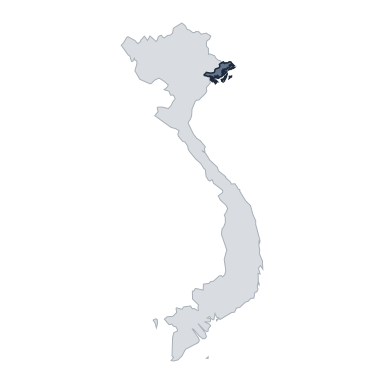 where Quảng Ninh sits in Vietnam
{"feature_id": "VNM-429", "entity_name": "Quảng Ninh", "entity_type": "Province", "adm_level": 1, "iso_a3": "VNM", "parent_name": "Vietnam", "parent_adm1": "", "projection": "natural_earth1", "projection_center": [107.332, 21.181], "detail": "fine", "context": "in_parent", "style": "filled", "palette": "slate", "viewbox_px": 384, "rotation_deg": 0, "n_neighbors": 0, "source": "natural_earth", "source_scale": "10m", "svg_char_len": 8666}
<svg xmlns="http://www.w3.org/2000/svg" viewBox="0 0 384 384"><path d="M233.8,65.2L230.6,65.4L227.3,68.4L222.9,70.3L221.9,75.6L218.2,78.0L216.5,76.9L212.8,78.0L208.9,76.8L210.3,82.9L206.3,87.7L206.8,90.8L205.7,93.2L198.9,100.0L196.9,100.1L195.3,101.2L192.0,109.2L191.6,116.0L190.1,119.8L188.6,121.4L188.3,123.5L193.4,134.1L196.8,138.4L200.2,140.6L205.3,146.8L204.5,148.5L204.9,152.0L202.5,151.0L202.7,151.4L205.6,153.3L209.8,160.1L217.3,167.2L218.5,170.9L225.7,176.7L225.5,177.5L230.6,182.2L231.2,184.0L235.0,183.8L238.5,189.3L239.7,189.4L240.0,191.7L245.7,200.9L250.5,205.6L252.8,214.3L255.7,220.8L255.7,224.5L260.0,240.5L259.7,242.5L258.9,240.5L259.0,246.5L259.7,249.7L259.4,253.7L262.4,261.0L262.8,269.2L260.6,265.7L258.4,268.1L260.1,274.0L258.1,273.4L258.3,281.2L259.2,283.9L259.0,285.0L258.0,282.9L257.2,286.6L258.0,289.2L256.7,292.0L254.9,292.2L253.9,298.1L250.6,298.5L248.3,301.2L245.3,302.2L239.9,307.3L236.4,308.1L234.6,312.1L231.5,312.6L220.0,319.5L218.7,317.8L216.6,317.2L215.0,313.5L213.9,319.5L213.0,319.9L211.2,318.7L209.6,316.4L207.2,318.0L209.8,318.5L210.6,320.0L210.2,321.8L204.4,321.8L209.6,324.2L210.7,325.9L208.2,328.8L208.2,330.9L207.0,331.8L204.1,330.0L198.0,323.5L205.2,332.7L206.5,336.8L204.8,338.7L202.7,338.7L199.3,336.0L193.8,329.5L192.0,328.6L198.4,337.9L199.3,340.0L198.6,342.4L185.5,349.3L181.9,356.0L177.9,359.9L173.5,361.0L171.1,360.6L173.6,357.2L172.0,356.0L172.6,337.6L173.7,332.8L177.5,330.9L177.5,329.9L176.2,327.1L173.2,326.0L171.8,324.0L169.1,324.7L164.4,319.2L167.1,316.8L172.7,316.4L176.6,312.6L176.1,308.3L176.6,307.8L181.9,309.3L183.7,306.9L190.5,306.0L192.4,308.9L194.1,308.4L197.2,310.4L198.5,310.4L197.9,307.5L198.5,304.9L192.5,299.0L192.4,291.2L193.9,290.8L195.5,288.4L203.2,290.1L203.4,284.1L209.1,283.4L210.3,281.7L213.6,281.1L219.1,276.0L221.4,275.6L222.6,276.9L224.8,274.6L225.8,270.6L224.2,259.3L226.8,250.0L221.4,234.3L222.1,228.7L223.7,226.9L225.4,222.3L225.2,217.2L224.3,214.8L225.8,213.0L227.7,208.5L226.0,205.3L220.4,200.1L218.2,195.9L222.6,192.5L222.7,190.4L213.6,183.3L212.1,179.6L209.9,181.1L208.3,180.1L206.1,176.5L205.3,169.6L203.8,168.5L200.8,163.6L195.7,159.0L189.6,151.6L188.3,149.4L187.6,146.0L185.0,142.1L182.6,141.3L178.4,136.3L177.9,134.2L179.0,130.7L176.1,128.9L170.7,127.2L154.8,115.7L158.1,111.6L157.2,107.9L157.5,107.2L161.9,107.0L168.3,108.5L171.3,105.4L172.7,102.0L174.9,99.4L174.9,97.9L173.4,95.1L170.5,95.1L169.0,91.2L164.1,89.7L167.3,87.1L168.3,85.0L163.8,81.0L159.0,78.1L154.8,80.0L151.5,83.3L150.0,83.8L139.8,79.3L134.9,70.8L136.9,63.8L136.9,61.2L134.9,60.0L134.4,58.3L132.8,61.3L131.4,61.3L129.9,56.1L128.1,54.9L121.2,45.2L123.3,43.2L126.6,37.7L127.9,36.7L134.8,40.4L137.7,43.6L140.7,41.5L140.7,40.3L144.4,36.2L147.5,40.4L150.0,36.0L156.2,41.5L157.1,40.5L158.4,36.6L160.1,35.6L161.4,35.3L163.1,37.6L164.5,37.8L167.5,35.5L170.6,35.0L172.6,33.0L173.3,28.7L174.0,27.8L181.9,23.0L185.1,25.6L187.1,29.3L189.9,30.3L192.8,32.7L195.1,32.4L195.8,31.5L198.7,31.7L201.2,34.2L206.2,33.1L210.8,36.0L209.3,39.3L207.0,40.8L206.4,42.4L206.4,46.1L208.4,48.4L208.5,54.4L209.8,53.9L214.5,55.7L216.2,58.6L218.5,60.4L220.3,60.6L221.8,62.9L223.4,62.1L224.1,63.1L227.4,62.8L229.7,61.8L233.8,65.2ZM157.3,319.7L157.5,323.5L156.4,327.9L155.1,323.1L153.1,320.1L155.8,318.8L157.3,319.7ZM226.7,71.9L223.9,74.7L222.8,74.7L224.2,70.7L226.7,71.9ZM215.6,82.7L214.8,82.7L213.3,80.9L214.1,79.9L215.9,80.6L216.3,81.4L215.6,82.7ZM225.1,78.5L224.0,79.1L222.7,79.1L225.7,76.1L225.1,78.5ZM211.1,78.5L212.2,81.5L210.6,80.0L211.1,78.5ZM218.7,318.4L216.6,320.9L216.4,319.7L218.7,318.4ZM208.1,358.3L206.4,358.3L208.2,356.8L208.1,358.3Z" fill="#d9dde1" stroke="#a8b0b8" stroke-width="1"/><path d="M221.5,62.8L221.7,63.1L222.4,62.7L222.9,62.0L223.2,61.9L223.6,62.0L223.8,62.4L223.9,63.2L224.5,63.5L224.9,63.5L225.0,63.4L225.2,63.0L225.3,62.9L225.7,62.8L226.9,63.0L228.0,62.7L228.3,62.5L229.1,61.9L229.4,61.8L230.0,61.8L230.7,62.0L231.1,62.2L231.5,63.1L232.3,63.8L233.0,64.6L234.2,65.7L233.7,65.9L233.3,66.4L233.0,66.7L232.7,66.3L232.7,66.1L233.0,65.8L232.9,65.6L232.8,65.0L232.6,64.8L232.0,64.6L232.1,64.9L231.9,65.1L231.7,64.7L231.5,64.9L231.4,65.5L231.2,65.6L231.0,64.8L230.9,64.8L230.7,64.9L230.9,65.5L230.7,65.5L230.6,65.2L230.5,65.4L230.4,64.9L230.1,64.8L229.8,64.9L229.5,65.1L229.8,65.2L230.1,65.3L230.2,65.5L230.3,65.8L230.1,65.7L230.2,66.3L229.7,66.5L229.8,66.8L229.5,67.4L228.9,67.4L228.8,67.7L228.5,67.7L228.2,67.6L228.1,67.4L227.9,67.4L227.8,67.6L227.9,68.0L227.6,68.2L227.3,68.1L227.3,68.3L227.4,68.5L227.2,68.7L227.4,69.0L227.0,69.2L227.2,69.3L226.8,69.2L226.6,70.0L226.4,70.1L225.9,70.0L225.7,69.9L225.6,69.6L225.5,69.1L225.4,68.9L225.1,68.9L225.2,69.4L225.2,69.8L225.4,69.9L225.2,70.0L224.8,70.0L224.1,69.9L223.9,69.8L223.8,69.5L223.0,69.3L222.9,69.6L223.6,70.1L223.6,70.3L223.2,70.4L222.6,70.4L222.1,70.6L222.2,70.9L222.0,71.4L222.0,72.2L221.9,72.5L222.2,72.7L222.4,72.7L222.5,72.6L222.4,73.6L222.3,74.2L222.0,74.5L222.1,74.8L221.9,75.0L222.1,75.9L222.2,76.1L221.9,76.5L221.5,76.7L220.7,76.7L220.4,76.9L220.2,76.8L219.8,76.8L219.1,77.0L219.5,77.2L219.5,77.3L219.2,77.4L218.8,77.9L218.8,78.3L218.1,78.4L217.9,78.3L217.6,78.1L216.7,78.0L216.3,77.8L216.3,77.7L216.9,76.8L217.9,76.1L217.9,75.9L217.2,76.1L216.8,76.7L216.6,76.7L216.7,76.2L216.4,76.5L216.2,76.6L216.2,76.1L216.0,76.5L215.9,76.9L215.9,76.3L215.8,76.1L215.5,76.1L215.8,76.5L215.5,76.5L215.8,76.9L215.5,76.9L215.3,76.8L215.0,76.4L214.9,76.7L215.4,77.2L215.5,77.5L215.3,77.8L215.0,78.0L214.7,78.0L214.0,77.9L213.5,77.6L212.8,77.0L212.6,76.9L212.5,77.2L212.4,77.0L212.2,77.0L212.8,77.8L213.5,78.3L213.7,78.8L213.9,78.9L213.9,79.1L213.4,79.1L213.1,79.0L212.9,78.7L212.7,78.3L212.7,78.7L212.9,78.9L212.5,79.5L212.3,79.4L212.2,78.9L211.8,78.6L211.8,78.3L211.3,78.4L210.8,78.2L210.6,77.8L210.9,77.7L211.5,77.6L211.6,77.4L211.5,77.2L211.2,77.0L211.1,76.8L211.4,76.5L211.1,76.3L210.7,76.2L210.9,76.5L210.4,76.5L209.8,76.2L209.4,76.4L209.4,76.5L209.6,76.5L208.8,76.4L208.4,76.3L208.1,76.4L208.3,76.4L208.1,76.4L207.4,76.3L206.9,75.9L204.9,75.6L204.5,75.5L204.3,75.4L204.2,74.9L204.2,74.6L204.3,74.4L204.5,74.2L205.0,74.0L205.5,73.7L206.0,72.9L206.3,72.4L210.4,73.1L211.6,73.1L212.7,72.8L213.6,72.6L214.0,72.5L214.3,72.3L214.6,71.6L214.8,71.1L215.0,69.6L215.2,69.3L215.3,69.2L216.3,68.6L217.5,68.4L218.7,67.8L219.2,67.5L219.5,67.2L219.7,66.8L219.8,66.4L219.8,65.7L219.4,64.7L219.5,64.4L219.7,64.1L221.5,62.8ZM225.3,72.3L226.7,71.8L226.6,72.1L226.4,72.4L225.8,72.9L225.6,73.3L225.1,73.2L224.8,73.6L224.1,74.7L223.2,75.1L222.5,75.8L222.2,75.5L222.4,75.0L222.8,73.9L223.1,72.3L223.4,72.5L223.4,72.3L223.5,72.2L223.6,71.0L223.7,70.8L223.8,70.5L224.0,70.5L224.3,70.7L224.8,71.4L225.1,71.6L225.2,72.1L225.3,72.3ZM216.6,81.4L216.8,81.7L216.6,81.7L216.3,81.1L216.2,81.5L216.4,81.7L216.4,81.9L216.0,82.0L215.6,81.7L215.7,82.2L216.3,82.6L216.4,83.0L216.3,82.8L216.2,82.8L215.9,83.6L215.9,83.1L215.6,83.3L215.6,83.1L215.5,83.3L215.4,83.1L215.8,83.0L215.8,82.8L215.6,82.7L215.5,82.8L215.4,82.8L215.1,82.5L215.1,82.8L215.1,83.0L214.7,82.7L214.1,81.7L213.5,81.3L213.3,81.0L213.3,80.6L213.9,80.3L214.0,80.2L214.0,79.8L214.2,79.7L214.1,79.8L214.3,80.2L214.9,80.3L215.1,80.5L215.3,80.1L215.5,80.0L215.9,80.3L215.8,80.7L216.1,80.9L216.4,81.0L216.7,80.9L216.9,81.2L217.1,81.4L216.6,81.3L216.6,81.4ZM211.8,79.1L212.0,79.9L212.7,80.9L212.8,81.5L212.6,81.7L212.1,81.5L212.0,81.1L211.6,80.2L211.5,79.7L211.4,80.1L211.5,80.5L211.4,80.5L211.1,80.3L210.8,80.2L210.6,80.1L210.5,79.7L210.6,79.0L210.9,78.4L211.6,78.8L211.8,79.1ZM225.3,76.4L225.7,76.0L225.8,76.1L225.4,77.2L225.2,78.0L225.1,78.3L224.9,78.6L224.6,78.8L224.3,78.9L223.8,78.9L222.6,79.2L223.2,78.8L224.2,78.1L224.5,77.7L224.5,77.4L224.5,77.0L224.8,76.4L225.1,76.5L225.3,75.9L225.3,76.4ZM231.8,67.9L234.3,67.6L233.5,68.3L233.2,68.4L233.1,68.2L231.5,68.8L231.3,68.9L231.4,68.4L231.5,68.7L231.7,68.4L231.9,68.3L231.5,68.2L231.0,68.4L231.0,68.2L231.8,67.9ZM225.0,79.2L225.6,77.9L225.7,77.5L225.8,77.8L225.7,78.3L225.5,78.7L224.6,80.2L224.4,80.9L224.2,81.1L224.3,80.3L224.3,79.9L224.1,79.7L224.8,79.4L225.0,79.2ZM226.5,74.8L227.2,74.1L227.2,74.3L226.5,76.0L226.4,76.7L226.2,77.2L225.8,77.2L226.0,77.1L226.1,76.9L226.0,76.5L226.0,76.2L226.3,75.9L226.5,74.8ZM229.4,76.4L229.7,76.5L230.3,77.0L229.9,77.0L230.0,77.5L229.9,77.8L229.6,78.1L229.3,78.3L229.6,77.5L229.7,77.2L229.4,77.0L229.3,76.8L229.4,76.4ZM230.7,68.6L230.8,68.7L230.8,68.9L228.8,69.8L229.0,69.4L230.2,68.7L230.5,68.5L230.7,68.6ZM222.4,79.4L222.6,79.5L222.6,79.9L222.1,80.1L221.9,80.0L221.7,79.7L221.4,79.5L221.5,79.4L221.8,79.5L222.4,79.4ZM231.0,76.3L231.3,76.0L231.6,76.1L231.5,76.4L231.0,77.1L230.8,77.1L230.8,76.7L231.0,76.3ZM221.9,80.8L222.4,81.0L222.4,81.5L222.1,81.3L221.8,81.2L221.6,80.8L221.6,80.5L221.9,80.8Z" fill="#64748b" stroke="#1e293b" stroke-width="1.5"/></svg>